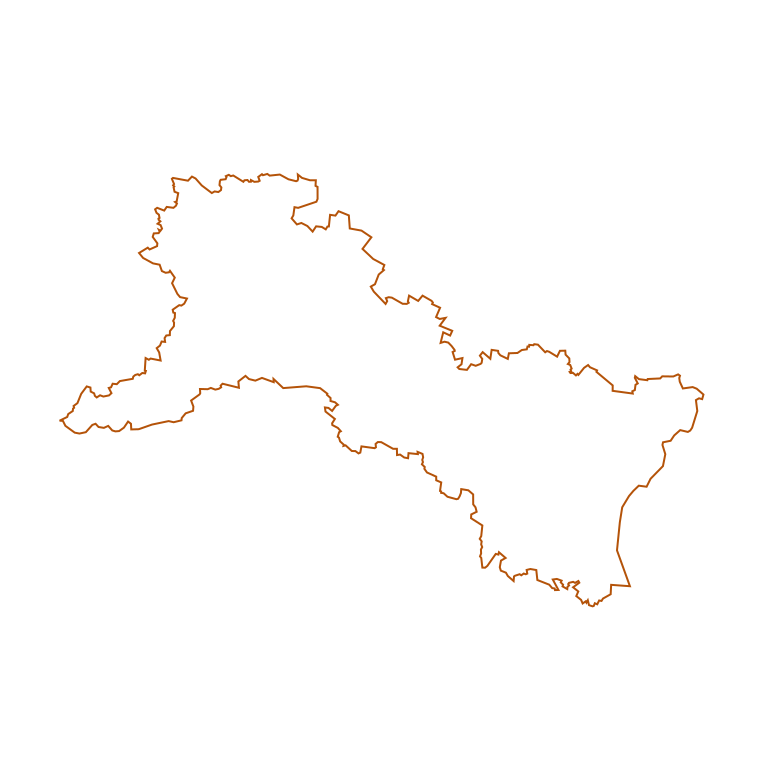 Roscommon Lea-6, Roscommon, Ireland, rotated 6°
{"feature_id": "5873133B51577512339475", "entity_name": "Roscommon Lea-6", "entity_type": "district", "adm_level": 2, "iso_a3": "IRL", "parent_name": "Ireland", "parent_adm1": "Roscommon", "projection": "albers", "projection_center": [-8.414, 53.724], "detail": "fine", "context": "isolated", "style": "outline", "palette": "amber", "viewbox_px": 768, "rotation_deg": 6, "n_neighbors": 0, "source": "geoboundaries", "source_scale": "gbopen_adm2", "svg_char_len": 6143}
<svg xmlns="http://www.w3.org/2000/svg" viewBox="0 0 768 768"><g transform="rotate(6 384 384)"><path d="M157.5,448.6L173.7,443.4L178.8,444.0L186.4,441.3L186.4,439.0L189.8,433.9L196.9,430.6L196.8,426.4L193.9,420.6L201.7,413.6L202.2,412.4L201.5,408.2L209.2,407.6L212.2,406.0L216.8,407.2L220.1,406.1L222.4,404.3L221.7,402.7L223.4,400.6L240.1,402.9L238.9,396.7L245.4,390.4L249.2,393.2L255.7,394.1L262.0,390.7L274.1,393.7L273.6,390.5L284.2,398.6L306.9,394.4L320.9,394.8L328.7,399.6L328.4,400.7L332.3,403.5L332.6,406.5L337.2,407.3L340.3,409.5L338.4,410.7L335.2,416.2L331.3,413.6L327.7,413.5L328.7,417.5L338.8,423.9L336.5,428.5L336.9,430.2L342.7,432.5L346.0,435.5L344.4,436.6L343.5,441.3L344.8,442.0L346.4,445.7L350.4,448.6L350.2,449.8L352.2,449.0L359.0,454.0L362.6,453.7L365.9,455.7L367.6,454.7L368.1,448.4L381.4,448.8L382.6,447.8L381.9,444.5L383.9,442.4L387.3,442.1L399.8,447.5L403.6,447.1L404.4,453.3L407.4,452.5L411.8,455.0L415.7,455.3L415.6,450.2L425.0,450.2L424.5,448.0L429.6,449.5L430.6,452.8L430.0,455.5L430.9,457.6L430.1,459.9L433.2,462.3L433.0,464.1L436.0,467.5L445.6,470.7L446.0,474.3L451.2,475.9L450.9,484.5L452.1,484.9L452.2,486.3L454.7,486.4L458.9,489.5L468.1,491.0L469.7,490.4L470.9,487.9L471.9,484.4L471.8,480.5L479.0,480.9L484.2,484.5L485.3,494.4L487.9,497.1L489.5,501.4L484.4,504.6L484.6,508.4L496.6,514.4L496.6,525.1L495.4,528.0L497.6,530.3L497.4,533.3L498.7,535.9L497.7,538.5L498.3,542.4L497.5,545.4L498.9,546.8L501.0,556.3L503.8,556.1L505.8,554.1L512.9,541.3L515.6,541.7L515.9,539.3L523.1,544.3L518.8,547.4L518.3,554.1L519.7,557.4L525.0,558.9L527.2,562.0L533.5,566.4L533.4,561.8L534.3,561.0L538.8,559.0L540.5,559.9L542.8,557.9L544.9,558.4L546.3,557.6L545.3,554.0L548.9,552.7L554.9,553.1L557.0,562.9L569.3,566.3L572.6,569.4L575.1,569.5L575.6,571.1L579.0,570.6L572.3,560.8L576.3,559.8L581.2,561.0L580.5,562.8L583.1,564.9L582.7,566.6L587.7,568.8L587.7,566.5L589.1,565.0L588.1,563.7L588.8,562.4L592.8,561.0L594.8,561.8L597.9,559.6L599.0,561.2L593.3,566.4L598.9,570.0L597.4,574.8L602.6,578.1L604.5,581.5L607.4,579.0L608.2,580.3L609.3,577.8L611.0,582.5L614.7,583.3L615.8,582.8L616.6,580.0L619.1,580.8L620.6,576.8L623.0,577.0L624.2,574.5L631.4,569.4L630.9,560.0L649.7,559.4L633.1,525.1L633.0,496.8L633.8,481.7L639.4,469.8L643.2,464.2L648.0,458.5L655.9,458.7L659.0,450.4L670.0,436.5L671.1,424.4L667.3,415.5L667.6,412.8L675.0,410.5L678.0,404.8L683.4,398.9L691.2,399.9L693.4,398.3L695.0,395.3L698.4,378.1L695.9,367.4L698.8,365.3L702.0,365.8L702.8,361.1L695.5,356.0L691.3,354.8L681.7,357.2L677.9,350.8L677.0,347.2L677.5,344.8L675.5,343.7L670.9,346.3L659.9,347.3L658.1,349.6L645.7,351.5L645.5,352.7L637.0,352.5L633.0,349.9L632.8,351.6L636.3,356.9L634.2,358.5L634.1,363.8L631.7,365.3L632.4,367.5L612.1,366.9L611.6,361.5L594.0,349.7L594.5,348.2L587.1,345.8L585.0,343.8L581.3,347.0L576.4,354.6L575.4,353.7L574.0,355.4L570.8,353.2L568.3,353.6L567.4,352.6L568.9,351.9L568.0,350.2L569.0,349.1L567.2,345.6L564.8,344.9L566.2,342.8L565.6,339.2L561.5,335.8L560.8,331.9L555.5,332.6L553.3,338.7L544.9,334.7L542.6,334.2L541.0,335.6L533.0,328.8L529.2,328.7L528.6,329.8L524.4,329.9L524.4,331.7L522.8,331.7L522.4,334.6L517.5,335.8L513.5,339.2L505.0,340.4L504.5,346.1L496.7,343.3L494.5,341.2L494.0,339.1L487.5,338.8L487.1,347.8L478.8,342.0L476.4,345.8L479.1,348.8L478.9,352.7L478.0,353.9L473.3,356.3L468.6,355.2L465.0,361.3L457.3,361.2L455.5,359.7L459.0,356.3L459.3,350.0L452.1,352.4L448.9,345.0L450.9,343.7L450.6,342.7L447.2,339.1L443.6,336.1L439.8,335.6L436.0,337.2L437.5,326.4L444.7,328.9L446.3,324.0L433.3,320.2L438.3,311.8L432.6,313.5L428.8,312.0L431.8,302.3L423.5,299.5L424.1,297.9L422.6,296.3L413.1,292.1L409.3,297.8L399.7,293.5L399.1,299.3L400.1,300.6L398.3,301.9L394.2,302.3L382.8,297.3L379.6,297.2L376.9,298.4L378.5,301.2L377.2,304.2L364.2,293.2L360.7,288.5L364.6,285.7L367.3,275.7L372.0,270.7L370.8,270.0L371.9,265.6L360.2,260.8L348.5,251.9L356.1,239.4L345.6,233.8L333.7,232.9L331.4,220.0L320.7,216.9L318.1,221.6L312.7,221.4L312.7,233.1L311.3,233.3L309.9,236.3L305.7,234.3L300.0,234.3L297.1,239.9L291.3,234.9L285.0,232.5L280.7,234.4L274.8,228.9L276.2,225.9L276.5,217.5L280.2,217.8L297.7,209.8L298.6,206.9L297.3,194.9L295.2,194.1L294.9,188.5L289.0,189.1L280.9,187.6L276.4,184.7L277.2,189.1L276.7,190.8L275.4,191.5L267.6,190.4L258.5,186.6L248.5,188.7L246.0,187.3L241.8,189.0L240.7,188.1L237.3,191.2L239.1,194.9L237.8,195.8L233.9,196.5L230.4,195.1L230.5,196.7L228.6,197.0L226.9,195.4L223.9,196.0L223.0,197.6L212.3,192.4L209.9,193.3L207.8,192.2L205.0,193.8L205.7,194.7L205.1,196.9L200.2,198.0L199.6,199.5L199.6,203.4L201.7,205.5L201.6,208.2L199.2,210.4L195.4,210.2L192.8,212.1L182.0,205.6L175.1,199.3L171.3,197.8L167.8,202.3L152.6,201.1L151.6,202.1L154.3,207.1L153.5,208.5L154.8,209.5L154.2,210.4L155.6,214.7L159.4,215.7L158.7,224.1L157.2,224.8L159.2,226.1L158.5,228.4L156.2,230.8L149.4,230.6L147.3,234.5L140.0,232.5L138.1,234.2L139.9,237.6L142.4,239.1L143.4,242.3L142.4,243.1L142.7,244.2L144.6,245.6L142.1,248.3L145.2,249.3L147.0,252.7L145.7,254.9L144.0,254.2L145.0,255.9L144.1,257.5L139.3,258.3L138.6,261.9L143.9,267.8L143.9,270.6L136.8,274.7L134.8,273.1L126.7,279.3L131.2,283.8L141.7,288.2L148.4,288.8L151.3,294.9L155.2,296.2L158.5,295.4L159.3,293.8L164.8,300.1L162.7,305.9L169.1,316.0L172.1,318.9L179.1,319.6L176.9,325.0L174.3,327.2L172.1,327.0L166.1,332.2L167.0,335.0L168.7,335.3L169.0,340.0L167.7,343.3L168.8,344.9L169.0,348.5L165.6,353.7L165.9,357.8L162.4,358.5L161.0,361.3L161.9,365.0L158.4,365.0L157.2,369.2L154.2,372.1L157.1,376.1L159.4,384.0L149.2,383.1L147.6,384.5L144.2,383.1L144.7,395.8L145.8,395.9L145.3,398.4L142.5,398.3L139.7,400.9L138.2,400.0L135.7,401.0L133.9,402.8L133.6,405.1L121.0,408.7L118.3,412.1L114.1,412.1L112.9,415.8L110.7,416.7L113.9,421.6L111.7,424.1L106.2,425.8L102.8,424.9L99.7,427.4L97.7,426.0L96.7,423.6L93.1,422.2L92.4,418.2L88.6,417.5L83.9,425.4L81.1,435.1L77.6,438.3L78.3,440.0L77.3,441.0L77.3,443.4L73.1,446.9L72.4,449.9L65.2,454.4L68.5,454.2L71.5,458.9L81.5,464.7L86.3,465.1L92.5,463.1L98.2,455.2L101.3,453.7L104.6,456.6L110.0,456.9L114.1,454.5L118.6,458.6L121.8,459.2L125.5,458.5L129.9,454.6L133.4,448.1L136.5,450.0L137.4,455.6L144.8,454.6L157.5,448.6Z" fill="none" stroke="#b45309" stroke-width="2"/></g></svg>